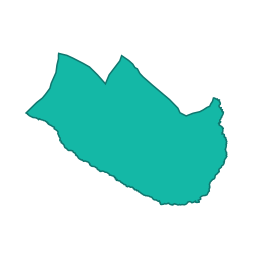 outline of West Ambae, Penama, Vanuatu, rotated 258°
{"feature_id": "77236927B38715927177991", "entity_name": "West Ambae", "entity_type": "district", "adm_level": 2, "iso_a3": "VUT", "parent_name": "Vanuatu", "parent_adm1": "Penama", "projection": "equal_earth", "projection_center": [167.719, -15.408], "detail": "fine", "context": "isolated", "style": "filled", "palette": "teal", "viewbox_px": 256, "rotation_deg": 258, "n_neighbors": 0, "source": "geoboundaries", "source_scale": "gbopen_adm2", "svg_char_len": 5698}
<svg xmlns="http://www.w3.org/2000/svg" viewBox="0 0 256 256"><g transform="rotate(258 128 128)"><path d="M163.9,31.4L163.1,32.2L162.8,32.8L162.5,32.9L162.1,32.8L161.7,33.3L160.6,34.0L157.9,37.4L157.8,38.2L157.1,39.9L157.0,40.4L156.8,40.4L156.2,41.2L155.9,41.4L155.5,42.0L154.8,42.2L154.9,42.7L155.5,43.2L155.4,43.4L154.5,44.3L154.0,45.1L153.6,46.2L152.8,47.1L152.4,48.3L151.7,48.8L151.2,49.3L151.0,49.8L150.7,49.7L150.1,50.0L149.6,50.7L149.1,50.5L148.9,50.6L148.6,51.1L148.3,51.4L148.0,51.3L146.6,53.0L146.4,53.6L145.4,54.2L144.1,56.1L143.5,56.0L143.3,55.8L142.7,55.6L141.2,57.1L139.9,58.2L139.0,58.7L138.5,58.7L137.1,58.2L135.4,58.6L134.7,58.9L134.0,58.7L132.8,59.3L132.2,59.5L131.3,59.4L131.2,59.1L130.4,58.8L129.6,58.9L129.5,59.0L129.0,59.9L128.3,60.0L127.8,59.8L127.6,59.6L127.3,59.8L127.0,60.3L126.1,61.0L124.4,61.9L124.0,62.0L123.1,61.9L121.9,62.3L121.6,62.6L120.7,63.7L119.3,64.3L118.5,65.1L118.3,65.4L118.0,67.2L117.8,67.4L117.7,68.1L117.2,68.6L117.2,69.0L116.6,69.4L115.9,69.4L115.4,69.7L114.7,70.9L114.2,70.9L112.8,71.6L112.6,71.5L112.6,71.3L112.5,71.2L111.8,71.6L111.6,72.2L111.1,72.6L109.1,73.2L107.8,74.1L107.0,75.3L106.5,75.5L106.3,76.0L106.3,76.5L106.2,76.5L105.7,77.0L104.8,77.5L104.6,78.1L104.7,78.9L104.5,79.5L103.7,80.6L103.4,81.5L103.1,81.8L102.5,82.1L102.3,82.5L101.7,82.7L101.4,83.0L101.0,83.2L100.1,82.9L99.5,83.5L99.1,83.6L98.1,84.7L97.9,85.2L97.4,86.8L97.1,87.4L95.8,88.6L95.4,89.3L94.9,89.4L94.4,89.3L93.9,89.8L93.5,89.9L92.3,91.5L92.1,91.5L92.0,91.2L91.9,91.2L91.7,91.6L91.3,91.8L91.1,92.5L91.3,93.8L90.5,95.5L89.7,96.2L88.9,98.2L86.6,100.2L85.8,100.1L85.5,101.2L84.5,102.7L83.9,104.1L83.5,104.2L82.8,104.7L82.6,104.5L82.3,104.6L82.1,105.4L81.4,105.4L80.8,105.1L80.6,105.3L80.0,106.5L79.8,106.6L79.6,106.5L79.4,106.0L79.2,105.9L79.1,106.2L79.0,106.8L78.4,107.6L78.1,108.9L76.6,109.7L76.2,110.0L76.1,110.5L75.6,110.6L75.2,111.1L74.3,112.0L73.4,112.5L73.3,113.4L73.0,113.9L71.2,114.3L71.1,115.0L70.7,115.3L70.6,115.5L70.9,116.5L70.8,116.9L70.0,117.5L69.7,117.9L69.5,118.3L69.4,119.4L69.0,120.2L68.5,120.6L68.1,120.5L67.7,120.6L67.3,121.4L66.6,121.3L66.2,121.6L65.8,123.3L65.5,123.4L65.1,123.3L64.8,123.5L64.8,124.5L64.7,124.8L64.2,125.2L63.6,125.1L62.8,126.3L61.7,127.2L61.2,127.4L60.4,128.5L59.3,129.3L58.7,130.5L58.0,131.4L57.9,132.4L57.8,132.8L57.5,133.0L57.3,133.9L57.1,134.3L56.1,135.3L55.7,136.3L55.3,136.9L53.3,137.8L52.5,138.5L52.1,139.3L51.6,140.9L51.1,141.2L50.0,142.4L49.9,142.9L50.1,143.5L49.9,143.6L49.3,143.5L49.0,143.6L48.6,144.0L48.4,144.1L47.7,143.8L47.1,144.1L46.6,144.1L46.4,144.3L46.2,144.9L46.1,147.0L46.1,147.3L46.5,148.1L46.4,148.4L46.0,148.8L45.8,149.5L45.8,150.2L46.1,151.6L45.9,152.3L45.5,152.4L44.4,153.5L43.9,154.8L43.5,155.1L43.9,155.7L43.6,156.2L43.6,156.6L43.8,157.0L44.3,157.3L44.3,157.8L44.0,158.1L43.8,158.6L43.5,158.8L43.1,159.9L42.6,160.3L42.3,161.2L42.3,161.8L42.5,162.4L42.1,162.8L41.9,163.4L41.9,165.0L41.2,167.1L41.3,168.3L41.5,169.0L41.7,169.5L43.0,171.3L43.2,171.5L43.2,172.6L43.1,173.4L42.8,174.0L41.9,174.6L41.7,174.8L41.6,175.4L41.9,177.4L42.2,177.9L42.5,178.7L42.1,178.9L41.6,178.6L41.3,178.8L40.8,180.0L40.8,181.2L40.6,181.9L40.7,182.2L41.2,182.4L41.8,182.2L42.1,181.9L42.7,181.8L42.7,182.1L43.0,183.0L43.1,183.8L43.4,184.4L43.8,184.4L44.3,184.2L44.9,184.1L45.4,184.7L46.1,186.4L46.2,187.0L46.2,187.9L45.9,189.4L46.2,190.0L46.1,190.9L46.4,191.5L48.9,193.5L49.4,194.4L51.7,194.7L52.5,195.6L53.4,195.4L53.7,195.8L56.1,195.9L57.0,196.7L57.6,196.8L57.9,197.1L58.3,197.7L58.9,198.5L59.4,198.9L59.6,199.6L60.1,200.1L60.2,201.3L60.4,201.7L61.3,202.7L62.3,202.9L63.8,203.8L64.3,204.7L64.4,205.3L65.0,205.9L65.1,206.3L65.6,206.7L65.8,207.2L66.3,208.1L66.7,208.2L67.1,207.9L67.8,208.3L68.2,208.2L68.6,208.3L69.0,208.8L70.3,211.2L71.1,211.5L71.6,211.9L71.9,213.0L72.6,213.9L72.8,214.0L73.9,214.8L74.2,214.9L74.8,214.5L75.2,215.3L76.9,215.8L77.6,216.7L78.0,217.0L78.5,217.7L79.0,218.0L79.8,218.8L80.7,218.3L81.0,218.4L81.4,219.0L82.2,219.1L82.7,218.9L83.2,219.3L83.9,219.3L84.4,218.8L85.5,218.8L86.2,219.0L86.8,218.6L87.3,218.9L87.8,219.4L88.4,219.5L89.0,220.1L90.2,220.3L90.6,220.6L91.2,220.7L91.4,220.5L91.8,220.5L92.6,221.4L93.4,221.1L94.5,221.9L95.3,221.3L96.2,221.7L96.7,221.5L97.1,221.1L97.3,221.2L97.8,221.6L98.1,221.6L98.4,221.4L99.0,220.4L99.7,220.6L100.1,220.3L100.7,220.7L101.4,220.8L101.9,220.4L102.4,219.9L102.7,218.8L103.5,219.4L103.8,219.1L104.6,219.9L105.1,220.0L105.5,220.2L107.1,220.4L107.5,221.0L107.8,221.1L108.1,220.6L108.3,220.8L108.7,220.6L109.1,220.5L109.4,220.0L109.8,220.0L110.1,219.8L111.8,217.9L112.9,218.2L113.0,217.7L113.6,217.5L114.2,218.1L114.2,218.4L114.0,219.1L114.7,219.9L115.0,219.9L115.6,219.1L116.6,219.4L117.0,219.7L117.3,220.4L117.6,220.6L118.3,220.8L118.9,221.7L119.3,222.0L119.6,221.9L120.8,223.0L121.8,223.8L123.0,224.4L123.8,224.6L124.1,224.3L124.2,223.6L124.5,223.4L125.6,223.8L125.8,223.5L126.3,223.9L126.7,223.1L127.1,222.7L127.6,222.6L128.0,223.2L128.5,223.4L128.6,223.2L128.7,222.4L128.9,222.1L130.0,221.5L131.2,221.8L132.0,223.1L133.1,223.5L133.8,223.3L134.5,222.9L135.0,223.2L135.4,223.1L135.7,222.7L135.9,222.5L136.5,223.0L136.6,222.7L136.6,222.1L136.7,221.8L136.9,221.5L137.2,221.4L137.8,221.4L137.9,220.3L138.1,220.1L138.6,219.9L138.9,219.1L139.3,218.8L139.5,218.4L139.6,217.8L136.5,216.2L134.5,214.1L132.3,212.5L131.6,209.3L130.1,205.5L129.0,201.6L128.9,194.6L127.7,187.4L132.1,182.0L137.1,180.9L147.2,174.5L164.7,160.9L174.8,153.4L178.9,150.9L183.9,149.5L185.6,147.3L189.5,145.9L193.9,142.7L200.1,136.8L195.4,134.0L184.0,120.7L175.9,115.1L186.3,109.2L195.7,103.0L200.4,97.7L207.9,88.5L211.7,83.4L215.4,75.7L213.6,75.1L210.2,74.4L204.3,71.6L197.2,69.1L187.7,62.2L183.1,59.9L178.0,54.2L175.1,50.5L171.9,44.0L163.9,31.4Z" fill="#14b8a6" stroke="#0f766e" stroke-width="1.5"/></g></svg>